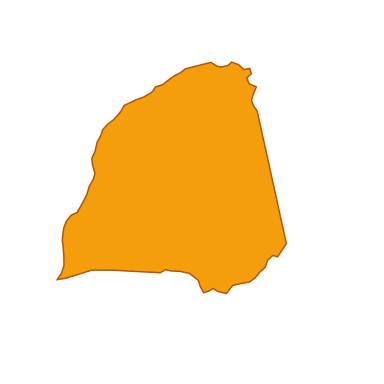 outline of Mari, Paraíba, Brazil, rotated 205°
{"feature_id": "56859067B78351678962852", "entity_name": "Mari", "entity_type": "district", "adm_level": 2, "iso_a3": "BRA", "parent_name": "Brazil", "parent_adm1": "Paraíba", "projection": "orthographic", "projection_center": [-35.297, -7.037], "detail": "fine", "context": "isolated", "style": "filled", "palette": "amber", "viewbox_px": 384, "rotation_deg": 205, "n_neighbors": 0, "source": "geoboundaries", "source_scale": "gbopen_adm2", "svg_char_len": 1138}
<svg xmlns="http://www.w3.org/2000/svg" viewBox="0 0 384 384"><g transform="rotate(205 192 192)"><path d="M186.7,105.4L183.2,110.4L177.7,111.6L168.9,115.1L159.7,117.2L149.0,114.6L144.3,109.6L138.8,105.6L134.9,109.3L132.0,113.5L126.5,112.8L118.0,114.5L115.6,124.6L108.7,129.9L102.0,134.5L98.5,140.9L96.7,147.9L93.8,154.8L94.7,161.9L92.0,168.6L87.0,169.4L84.7,185.2L103.0,209.1L167.3,293.1L171.7,295.4L176.7,299.9L177.8,306.5L178.1,314.4L186.1,314.3L190.6,318.5L188.2,324.2L191.9,328.4L196.8,324.9L203.6,327.1L210.9,326.5L213.0,321.7L218.1,317.8L222.7,316.5L229.5,317.5L234.8,313.3L249.9,300.9L253.0,295.1L257.3,289.6L260.6,283.6L263.8,277.0L269.5,272.0L270.3,265.9L276.0,257.5L281.3,252.3L290.1,241.7L290.5,235.3L291.7,230.4L293.8,224.1L297.2,217.5L299.3,210.6L298.5,204.9L299.0,196.7L297.0,188.1L297.0,180.1L293.7,174.8L287.7,167.7L286.8,161.7L287.5,153.5L286.2,145.1L286.5,138.5L286.8,131.6L287.5,124.8L291.7,120.0L293.5,112.2L293.0,105.3L291.5,100.0L289.3,93.8L286.8,89.8L284.2,85.4L280.8,79.3L277.0,71.3L276.0,63.2L277.1,55.6L269.8,60.6L249.9,78.8L231.8,87.2L186.7,105.4Z" fill="#f59e0b" stroke="#b45309" stroke-width="1.5"/></g></svg>